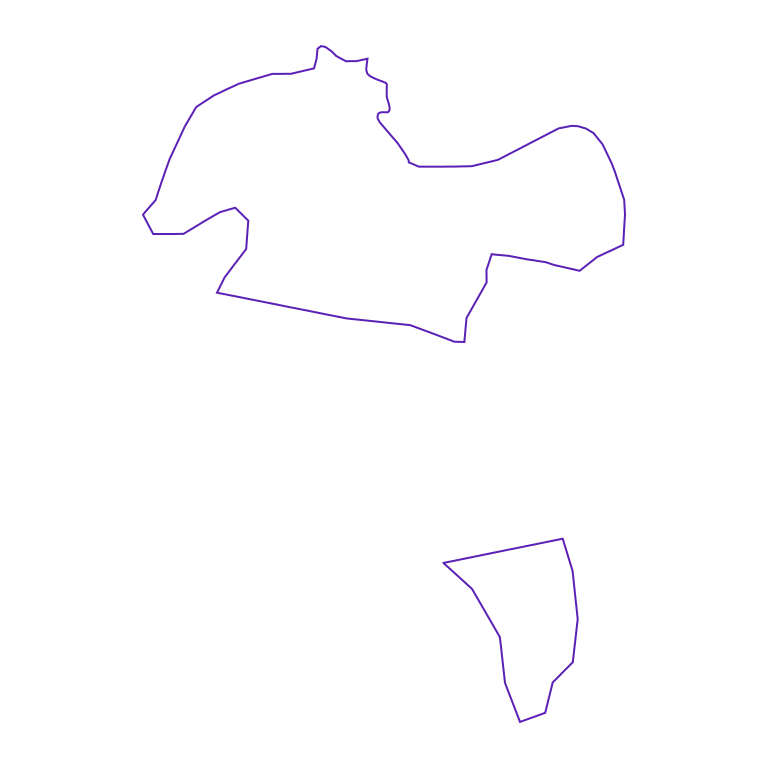 the district of At Tyal, Sana'a, Yemen
{"feature_id": "15242507B91957266097282", "entity_name": "At Tyal", "entity_type": "district", "adm_level": 2, "iso_a3": "YEM", "parent_name": "Yemen", "parent_adm1": "Sana'a", "projection": "mercator", "projection_center": [44.543, 15.27], "detail": "fine", "context": "isolated", "style": "outline", "palette": "violet", "viewbox_px": 768, "rotation_deg": 0, "n_neighbors": 0, "source": "geoboundaries", "source_scale": "gbopen_adm2", "svg_char_len": 2369}
<svg xmlns="http://www.w3.org/2000/svg" viewBox="0 0 768 768"><path d="M464.4,342.0L464.5,340.2L465.4,330.3L466.5,318.0L476.4,300.5L480.2,293.8L482.5,289.7L486.0,283.5L486.6,282.5L486.5,269.8L488.2,264.8L490.6,257.4L491.6,254.6L491.6,254.2L496.0,254.7L508.3,255.8L515.3,257.1L527.4,259.4L529.5,259.7L533.8,260.3L535.8,260.6L536.6,260.8L545.8,262.2L554.2,265.0L579.6,270.8L597.3,256.9L623.2,244.8L623.9,232.7L625.0,214.4L624.2,199.9L622.9,195.9L621.4,191.3L616.9,177.9L614.9,171.7L611.5,163.0L608.4,156.5L602.6,144.4L593.6,133.2L586.1,128.6L577.9,126.2L571.9,125.8L564.3,127.3L558.6,128.4L497.8,159.9L482.9,163.5L473.8,165.7L471.5,166.2L453.1,166.6L429.2,166.7L419.0,166.7L409.2,162.5L408.8,162.4L408.7,160.4L405.3,154.3L404.2,152.7L397.7,143.2L390.8,135.2L383.0,126.1L379.7,122.2L377.7,118.5L377.5,116.9L378.0,114.1L379.4,112.8L382.1,112.2L386.0,112.3L388.1,112.2L389.2,110.8L389.7,108.8L389.2,105.3L386.8,97.1L386.7,90.3L386.8,87.1L386.8,84.3L385.8,82.9L383.0,81.7L377.3,79.6L373.0,77.7L370.1,76.2L367.3,73.7L366.2,69.6L366.8,63.9L367.5,58.7L356.7,61.1L345.9,61.2L345.1,60.8L340.3,58.2L336.1,55.9L331.7,51.4L325.5,47.0L323.3,46.5L323.0,46.5L321.0,46.1L317.5,48.8L316.6,58.6L315.8,61.7L314.0,68.4L300.3,71.6L298.1,72.1L291.0,73.8L289.3,73.8L272.3,73.9L256.9,78.4L256.2,78.6L238.7,83.8L232.2,86.8L227.2,89.1L217.8,93.6L213.9,95.4L199.6,104.8L196.2,107.1L192.9,112.7L184.7,126.7L178.5,140.1L169.7,158.9L166.2,168.7L163.6,176.2L161.8,181.2L160.0,186.7L158.1,192.4L155.7,200.0L145.1,212.1L143.0,214.7L145.8,220.0L146.7,221.7L153.2,234.0L160.8,234.0L170.3,234.0L173.2,234.0L178.4,233.9L183.0,233.9L183.4,233.9L183.9,233.6L192.2,228.6L205.0,220.8L211.2,217.2L220.1,212.1L234.2,208.0L235.2,207.7L235.4,207.9L248.3,220.7L247.4,232.3L246.3,247.5L246.2,249.0L233.3,265.9L228.1,272.8L224.6,277.4L217.0,292.7L254.4,300.1L281.5,305.5L290.3,307.3L292.0,307.6L310.8,311.3L327.2,314.6L345.9,318.3L346.1,318.4L368.3,320.7L393.6,323.4L408.9,325.0L410.1,325.1L423.0,329.9L438.1,335.5L454.3,341.7L464.4,342.0ZM520.0,721.9L529.5,718.5L545.2,712.8L552.7,682.5L565.2,669.8L572.8,662.2L577.7,619.1L575.8,601.4L572.6,571.0L562.7,538.7L501.6,551.1L497.6,551.9L443.6,562.9L443.7,563.1L443.8,563.3L444.0,563.5L445.6,564.9L462.0,579.8L472.0,588.9L489.5,619.1L498.5,634.7L499.8,637.0L500.9,645.8L502.8,663.2L503.9,673.0L505.0,682.9L520.0,721.9Z" fill="none" stroke="#5b21b6" stroke-width="2"/></svg>